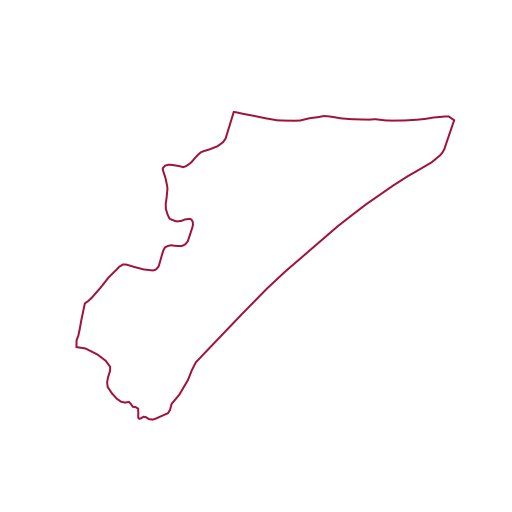 outline of Sam Son, Thanh Hóa, Vietnam, rotated 17°
{"feature_id": "81297802B12977108616150", "entity_name": "Sam Son", "entity_type": "district", "adm_level": 2, "iso_a3": "VNM", "parent_name": "Vietnam", "parent_adm1": "Thanh Hóa", "projection": "albers", "projection_center": [105.897, 19.753], "detail": "fine", "context": "isolated", "style": "outline", "palette": "rose", "viewbox_px": 512, "rotation_deg": 17, "n_neighbors": 0, "source": "geoboundaries", "source_scale": "gbopen_adm2", "svg_char_len": 2163}
<svg xmlns="http://www.w3.org/2000/svg" viewBox="0 0 512 512"><g transform="rotate(17 256 256)"><path d="M192.6,124.8L192.6,152.4L191.3,156.6L187.1,162.3L180.0,167.9L175.2,171.1L172.9,173.0L170.9,176.2L169.0,180.2L166.7,185.4L165.0,187.9L162.7,190.7L160.4,192.3L156.0,192.5L149.3,193.4L145.9,194.2L144.5,195.0L142.8,196.1L141.6,198.2L141.2,199.5L142.0,201.3L144.0,204.1L147.2,208.8L148.9,212.0L150.4,214.7L151.7,217.7L153.6,227.2L154.4,232.5L156.0,237.3L159.4,242.3L162.0,245.1L163.1,245.7L164.4,245.9L166.2,246.0L168.7,246.2L170.8,245.9L172.8,244.9L174.2,244.3L175.7,243.2L177.3,241.9L179.9,240.7L181.6,239.9L182.6,239.9L183.6,240.1L184.8,241.1L185.8,242.4L186.3,243.8L186.6,244.6L186.8,247.5L186.7,251.9L186.6,257.1L186.5,261.7L185.0,265.4L183.3,267.2L181.2,268.5L177.9,269.4L174.6,270.1L171.5,270.6L169.1,272.0L166.8,273.9L166.2,275.4L165.7,278.3L165.8,286.2L165.9,291.6L165.9,291.8L165.9,294.6L165.4,295.9L164.3,298.1L162.8,299.3L161.2,300.1L152.3,301.7L141.6,302.1L134.8,302.1L131.4,302.9L128.5,306.1L126.1,310.8L125.8,311.3L121.3,319.6L117.0,330.8L116.8,331.3L111.2,343.8L108.5,348.5L107.5,349.6L106.2,351.5L107.7,368.2L108.8,377.4L109.4,384.2L109.0,389.0L111.0,395.6L119.9,394.3L133.3,396.6L143.0,400.2L148.9,404.6L150.0,408.4L150.0,415.9L150.6,420.5L152.5,424.7L158.4,429.5L164.7,433.2L169.5,434.8L173.7,434.5L177.0,432.7L179.0,433.7L182.3,436.2L185.0,435.7L187.9,436.4L189.0,439.6L190.7,445.1L192.1,445.8L193.2,445.1L195.4,442.6L197.9,442.3L201.3,443.3L205.0,442.7L207.7,440.8L217.8,432.0L218.8,428.4L218.5,422.2L223.2,411.1L227.2,394.4L228.0,384.3L229.5,375.4L237.9,358.6L259.5,315.7L276.3,283.4L288.5,262.3L325.3,203.9L336.5,187.9L346.0,174.6L366.8,148.2L377.9,135.2L388.1,124.3L396.4,115.3L402.7,105.8L404.0,102.6L404.9,98.6L404.9,95.9L405.8,68.2L399.4,66.2L399.1,66.3L395.8,67.4L385.2,71.7L378.0,75.3L370.4,78.5L358.6,82.9L346.4,86.8L340.1,88.5L330.1,90.3L324.4,92.5L318.8,94.1L314.0,95.4L306.7,97.4L297.2,99.5L290.1,100.4L284.8,101.2L280.0,102.3L274.9,105.0L267.6,108.3L266.7,108.7L258.5,113.6L253.2,115.4L245.0,117.8L236.8,120.0L225.8,121.4L212.1,122.7L202.4,123.8L194.7,124.4L192.6,124.8Z" fill="none" stroke="#9f1239" stroke-width="2"/></g></svg>